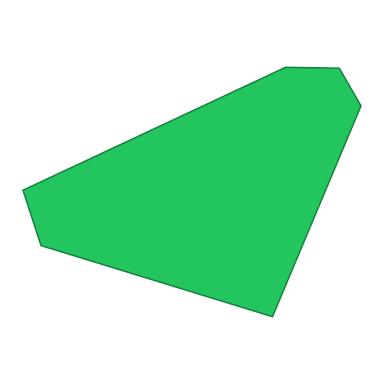 map outline of Guernsey (Robinson projection)
{"feature_id": "GGY", "entity_name": "Guernsey", "entity_type": "country or territory", "adm_level": 0, "iso_a3": "GGY", "parent_name": "Europe", "parent_adm1": "", "projection": "robinson", "projection_center": [-2.56, 49.468], "detail": "fine", "context": "isolated", "style": "filled", "palette": "green", "viewbox_px": 384, "rotation_deg": 0, "n_neighbors": 0, "source": "natural_earth", "source_scale": "50m", "svg_char_len": 212}
<svg xmlns="http://www.w3.org/2000/svg" viewBox="0 0 384 384"><path d="M361.0,105.9L272.5,316.7L41.0,245.6L23.0,190.2L285.5,67.3L339.3,68.2L361.0,105.9Z" fill="#22c55e" stroke="#15803d" stroke-width="1.5"/></svg>